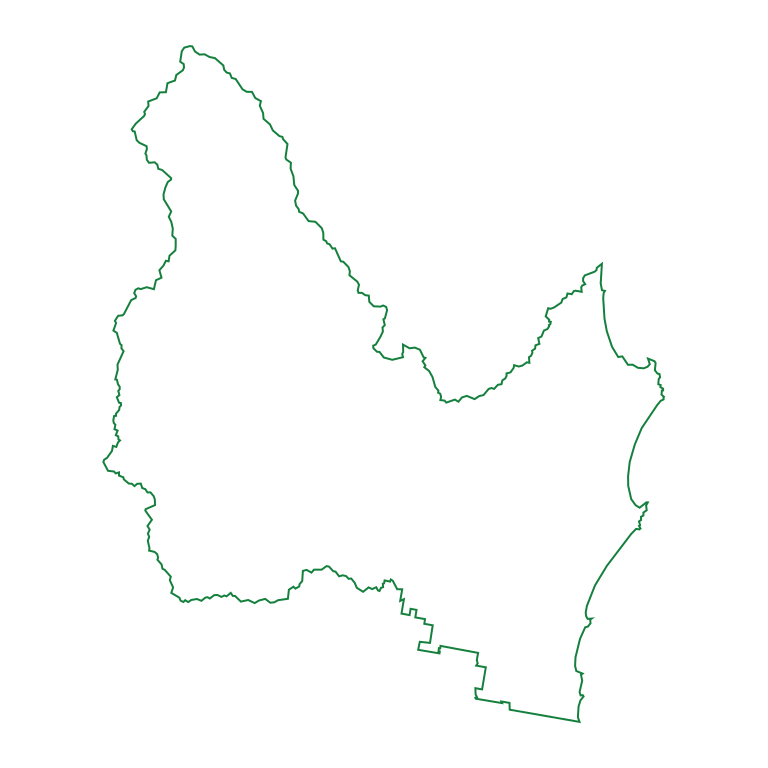 Kempsey, New South Wales, Australia
{"feature_id": "25037944B28322742618410", "entity_name": "Kempsey", "entity_type": "district", "adm_level": 2, "iso_a3": "AUS", "parent_name": "Australia", "parent_adm1": "New South Wales", "projection": "natural_earth1", "projection_center": [152.697, -30.906], "detail": "fine", "context": "isolated", "style": "outline", "palette": "green", "viewbox_px": 768, "rotation_deg": 0, "n_neighbors": 0, "source": "geoboundaries", "source_scale": "gbopen_adm2", "svg_char_len": 6098}
<svg xmlns="http://www.w3.org/2000/svg" viewBox="0 0 768 768"><path d="M121.1,405.3L119.5,407.1L119.2,409.9L115.9,413.8L116.1,415.8L114.1,416.0L113.3,420.4L113.8,423.0L115.4,424.8L114.5,429.2L117.6,430.6L115.8,435.2L118.2,436.3L118.5,439.5L120.0,440.4L118.0,442.4L116.3,446.9L112.9,445.9L112.0,450.9L107.1,457.8L104.1,459.8L103.4,462.1L108.0,470.8L114.0,471.5L115.7,473.4L119.0,472.4L119.0,475.6L123.4,477.3L123.8,479.4L128.9,483.6L131.8,483.7L134.5,486.1L137.2,483.8L140.8,483.6L142.2,488.0L145.4,489.2L147.4,492.4L150.5,492.4L153.7,496.2L154.8,499.3L155.0,505.1L145.6,509.2L145.3,510.6L151.9,519.8L147.5,526.0L149.7,529.7L147.9,533.6L149.2,536.9L147.8,540.7L149.5,548.4L149.1,550.6L154.5,551.9L157.1,554.0L158.1,557.6L157.4,559.7L161.6,564.5L162.5,568.8L164.7,569.8L170.8,576.7L169.8,580.1L173.1,587.4L171.3,592.9L179.4,597.7L180.6,600.6L183.4,602.0L185.2,600.2L188.2,602.1L191.2,600.0L196.9,599.0L201.4,600.8L205.4,597.6L207.4,597.2L209.8,598.5L214.3,595.1L217.4,595.0L221.5,596.9L224.3,595.5L226.6,596.3L230.7,592.9L232.8,595.9L235.1,596.0L240.9,601.6L248.2,600.0L254.7,603.1L259.0,600.5L265.2,598.9L270.3,602.7L274.3,602.3L278.0,600.2L287.9,598.8L288.9,589.7L293.5,586.7L295.4,588.6L299.2,586.5L299.6,584.1L302.2,581.1L302.9,570.9L306.6,569.9L311.5,572.6L313.9,569.7L321.6,569.7L326.5,566.1L329.0,566.6L333.2,571.2L335.5,571.6L339.1,576.3L342.8,575.3L346.1,576.1L348.6,578.8L351.2,578.5L354.7,582.8L356.8,587.8L363.1,591.8L368.6,587.4L372.2,589.1L376.2,587.2L377.9,590.4L379.5,591.0L381.0,587.8L383.1,587.2L382.8,583.8L384.1,583.3L384.6,580.4L390.0,581.6L390.8,579.5L392.8,580.8L397.2,589.2L402.2,589.3L400.2,600.9L403.9,599.2L401.5,613.6L409.6,615.1L410.6,608.8L416.5,609.9L415.3,617.4L425.0,619.1L424.3,623.8L432.7,625.3L430.0,642.9L419.8,641.8L418.2,649.8L439.5,653.4L439.8,651.5L438.5,651.2L438.9,648.2L440.2,648.4L440.5,645.9L478.1,652.9L476.8,660.1L477.7,663.3L476.2,665.6L485.8,667.3L482.1,689.4L475.4,688.2L475.6,694.3L477.0,697.2L475.4,697.7L475.8,698.7L501.4,703.0L502.1,703.1L501.4,701.5L509.5,702.9L509.7,709.7L579.5,721.9L577.9,717.2L578.6,706.3L580.5,700.3L583.6,696.4L582.8,695.2L580.6,695.4L579.6,691.9L582.2,680.7L581.0,674.7L582.6,673.6L576.3,671.0L575.1,666.0L575.5,657.3L580.0,638.9L585.2,627.3L587.9,626.6L590.5,623.3L590.2,619.6L591.6,618.6L587.7,618.9L586.2,616.4L585.7,612.6L586.9,605.9L595.0,585.4L606.9,565.8L631.3,533.8L636.1,528.9L639.4,529.4L640.5,528.5L639.0,526.0L640.1,525.2L639.0,521.4L641.1,520.0L641.0,516.8L643.4,515.5L643.4,512.6L646.7,510.2L646.1,505.5L647.8,502.4L646.5,502.3L639.6,507.7L635.6,505.2L631.2,499.1L628.2,485.7L628.1,476.2L629.7,462.1L634.8,444.5L641.7,428.1L657.1,405.2L660.7,400.8L663.6,399.4L663.5,397.0L664.6,397.4L661.5,394.6L661.9,390.5L663.1,390.4L663.1,388.7L660.3,387.0L660.7,385.1L658.3,384.2L658.7,379.1L660.1,377.3L659.4,373.9L657.5,373.6L654.9,370.3L655.6,363.0L654.5,361.2L648.0,358.6L649.8,364.2L647.6,366.7L643.8,368.3L637.9,367.8L632.7,364.7L628.0,364.8L622.3,356.4L618.2,357.0L612.0,346.7L606.8,331.2L604.5,318.7L603.2,298.0L603.7,292.9L604.9,290.9L602.0,290.2L600.7,283.4L601.9,263.8L596.8,267.8L596.5,270.1L594.6,271.7L584.8,275.4L583.1,278.3L583.1,281.1L585.2,284.2L582.3,285.5L581.2,287.3L581.7,291.8L575.4,290.7L573.9,291.1L571.7,294.2L567.5,293.5L566.4,297.4L562.6,299.0L561.3,302.6L554.0,307.5L550.5,308.8L548.2,308.2L545.7,316.4L549.2,319.7L549.0,321.5L550.8,321.8L550.3,324.2L548.9,325.1L549.2,326.2L547.5,329.0L543.9,330.6L541.5,336.5L538.2,338.1L539.4,343.9L535.5,345.3L535.1,348.6L532.1,350.7L532.4,352.8L531.1,355.7L529.0,357.2L529.4,362.8L526.9,362.3L522.3,365.6L518.8,366.5L514.1,365.2L513.7,367.8L510.5,372.4L506.5,373.4L506.6,375.8L505.2,378.5L502.4,380.3L501.5,384.2L497.9,384.8L494.1,388.9L491.3,388.0L488.6,389.0L483.5,395.1L479.4,396.0L474.6,399.1L466.8,395.9L462.0,397.4L458.4,401.7L454.9,399.6L446.3,402.6L444.6,400.6L440.4,400.1L441.1,396.7L440.2,393.7L438.1,392.7L438.4,390.6L435.3,387.0L432.5,377.0L429.1,371.0L424.3,367.2L425.4,365.4L422.6,361.3L425.4,357.9L423.6,357.3L419.9,349.7L414.8,347.6L409.6,348.3L403.0,344.6L403.2,352.0L402.2,353.9L403.0,357.2L392.3,359.8L383.8,357.5L379.6,352.0L376.9,351.7L373.4,348.2L373.2,345.7L375.8,344.5L380.4,336.8L382.9,331.5L382.5,327.5L384.8,325.1L383.4,319.3L384.9,318.4L387.1,310.1L386.1,306.9L383.0,305.5L380.6,306.6L373.7,306.3L369.3,301.8L368.8,295.6L365.3,295.2L362.0,292.9L358.5,292.9L357.7,290.3L359.0,284.8L357.3,281.6L349.4,275.2L349.9,271.4L348.5,267.1L343.4,261.8L340.8,261.3L335.0,248.3L332.5,248.6L329.6,244.3L327.1,243.4L326.2,241.2L323.4,239.7L323.3,232.9L321.8,228.2L315.4,221.8L308.6,221.1L303.1,213.5L299.2,211.8L298.6,209.0L296.1,205.7L295.1,200.6L297.9,193.8L298.1,190.9L294.3,185.1L293.4,176.2L290.6,168.7L290.9,162.7L286.3,159.5L285.5,157.3L287.5,144.0L283.2,139.3L282.4,136.9L279.4,136.1L272.8,130.4L270.0,124.4L263.5,118.8L263.1,113.1L259.8,105.8L260.9,101.1L255.3,98.1L252.0,91.9L246.7,91.8L242.5,89.3L235.7,79.0L231.7,77.9L229.9,73.4L226.7,72.6L224.2,69.8L223.3,65.4L214.9,58.1L209.5,57.0L204.6,54.3L199.6,54.6L195.0,51.5L192.3,46.4L189.9,46.1L184.3,47.6L181.8,51.2L180.2,61.7L183.7,64.1L184.0,67.6L182.8,70.3L176.3,75.0L175.0,80.5L167.5,83.2L165.9,92.2L159.7,92.4L156.7,98.3L148.2,101.5L148.5,106.0L144.2,111.9L145.0,114.0L144.2,115.9L135.8,123.6L131.7,129.2L132.8,131.2L134.7,131.5L136.7,140.2L139.4,142.8L146.6,146.2L146.9,149.1L145.4,153.6L146.5,155.4L146.8,159.7L149.0,162.8L154.7,162.3L157.3,164.6L158.3,168.8L162.1,170.0L171.2,178.2L171.0,179.6L167.8,182.0L165.4,187.4L163.5,194.5L163.8,199.3L171.2,211.4L168.8,216.8L171.3,221.9L172.8,228.7L172.3,235.7L175.7,238.9L175.7,245.8L175.4,250.3L169.5,255.7L168.6,261.3L165.9,260.8L163.4,265.7L159.4,270.2L161.5,277.7L156.0,280.2L153.9,289.2L146.7,287.2L140.7,289.1L138.3,288.3L135.5,289.8L134.2,293.1L136.1,296.2L135.6,298.0L131.2,300.1L123.9,314.1L122.6,315.3L118.1,315.8L114.9,320.9L116.1,322.9L113.4,330.6L116.8,332.8L120.0,343.8L121.6,345.2L121.4,348.3L123.6,351.2L117.5,364.6L117.8,369.7L115.3,379.4L116.9,379.7L118.0,384.3L119.7,386.7L119.7,389.2L118.3,390.9L119.4,395.1L116.8,397.2L119.1,402.8L120.8,403.0L121.1,405.3Z" fill="none" stroke="#15803d" stroke-width="2"/></svg>